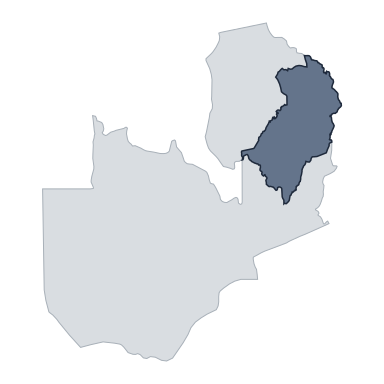 where Muchinga sits in Zambia
{"feature_id": "ZMB-5511", "entity_name": "Muchinga", "entity_type": "Province", "adm_level": 1, "iso_a3": "ZMB", "parent_name": "Zambia", "parent_adm1": "", "projection": "equal_earth", "projection_center": [31.586, -11.285], "detail": "fine", "context": "in_parent", "style": "filled", "palette": "slate", "viewbox_px": 384, "rotation_deg": 0, "n_neighbors": 0, "source": "natural_earth", "source_scale": "10m", "svg_char_len": 9480}
<svg xmlns="http://www.w3.org/2000/svg" viewBox="0 0 384 384"><path d="M257.6,279.4L240.7,279.4L234.6,281.2L229.5,283.9L223.5,288.2L220.1,291.1L219.1,292.8L218.7,296.4L218.7,302.0L218.1,306.0L216.3,309.7L207.2,314.1L201.2,317.8L195.4,322.1L191.0,327.6L188.0,334.5L183.0,343.0L172.6,358.1L166.6,361.0L161.5,360.3L155.3,357.2L150.4,356.6L146.8,358.5L143.4,357.9L140.3,354.7L137.7,353.6L135.6,354.4L133.0,354.3L128.1,352.6L123.8,347.1L121.5,344.9L119.7,344.1L114.7,343.2L103.1,341.9L91.1,344.6L80.6,347.4L69.6,335.3L59.1,322.5L56.8,319.3L52.8,315.0L50.0,312.9L48.9,311.9L45.9,300.5L44.2,290.0L42.6,188.9L90.2,188.9L93.3,188.5L93.4,187.4L91.1,182.0L91.2,180.0L91.8,176.4L93.8,169.0L93.9,166.5L92.8,158.5L92.9,154.1L93.3,145.0L93.0,141.9L94.1,137.9L94.4,135.2L94.9,134.0L94.3,130.9L93.2,120.1L92.6,115.6L95.5,116.3L96.5,118.5L97.0,120.9L98.3,121.1L101.7,122.5L102.9,124.5L103.8,128.8L103.3,131.0L102.2,132.8L103.3,134.4L105.6,135.5L106.9,135.1L110.7,132.2L114.3,131.1L116.1,130.3L123.9,128.4L125.5,127.3L126.6,127.3L127.4,128.2L126.7,131.2L126.5,134.0L127.5,139.1L128.3,141.5L129.9,143.2L131.1,144.1L132.5,146.0L135.2,145.7L141.2,148.3L143.1,149.5L145.6,150.7L147.4,151.1L153.7,152.1L160.2,153.5L163.7,153.6L166.1,153.3L167.8,152.5L168.8,151.7L169.3,151.0L171.7,141.3L172.9,140.5L174.6,140.0L175.5,140.9L176.6,147.0L181.4,152.6L183.0,157.2L184.3,161.2L185.3,162.3L187.1,163.7L190.0,164.1L192.5,164.3L205.4,171.1L206.8,172.3L208.4,175.9L209.3,180.0L210.4,183.2L212.0,183.8L213.5,184.1L214.9,186.3L216.0,188.2L219.9,196.2L220.4,199.4L222.3,201.5L224.7,202.4L227.0,202.5L228.4,201.6L231.6,199.9L234.2,198.1L236.0,197.4L237.1,197.8L238.0,199.1L238.5,203.1L240.3,204.4L241.7,203.9L242.2,202.3L242.2,201.5L242.1,159.8L240.9,160.1L239.4,161.3L236.1,161.4L234.7,162.3L234.3,163.7L234.6,165.4L234.7,167.8L234.2,168.9L232.7,169.3L230.6,168.4L226.7,167.2L223.4,166.5L221.1,163.3L217.9,158.6L215.8,156.2L210.8,151.3L210.0,150.3L208.5,148.0L207.1,144.1L205.9,139.6L205.2,136.7L206.4,132.2L209.3,117.7L209.9,113.2L212.3,108.6L212.5,104.5L211.5,99.2L211.7,96.3L212.0,79.7L211.3,74.4L209.7,68.6L206.0,60.5L206.0,58.7L211.6,53.4L213.2,51.5L216.1,47.2L218.0,43.5L219.3,40.6L219.7,36.8L218.8,33.1L220.7,32.4L266.4,23.0L267.0,25.5L268.4,29.7L270.0,32.7L272.0,35.4L273.6,37.0L274.8,37.5L281.8,37.4L284.3,39.0L286.5,41.0L287.1,44.2L288.5,46.2L290.1,47.8L290.8,48.0L291.9,47.6L293.8,47.6L295.6,48.2L296.4,48.9L296.5,51.6L297.0,52.8L299.4,53.3L301.8,53.5L304.2,55.3L306.7,55.6L309.6,56.4L311.0,58.3L314.1,60.3L317.9,62.1L322.1,65.0L322.2,66.0L322.9,67.7L323.6,68.9L323.7,70.8L324.0,72.5L325.1,72.9L326.0,73.0L326.8,71.8L328.0,71.8L329.2,72.6L329.6,74.6L330.6,77.2L332.1,79.0L333.1,80.8L332.8,83.9L332.1,86.8L334.2,89.7L336.9,92.4L337.7,93.6L337.9,97.7L338.3,99.0L340.2,102.4L341.1,104.6L341.0,105.9L336.0,112.5L332.9,113.6L331.6,114.9L330.8,116.3L332.7,123.0L333.8,125.5L332.9,128.6L330.9,133.9L330.0,134.4L329.8,138.5L330.4,139.9L331.4,141.1L331.8,143.8L331.7,150.6L330.5,158.3L332.7,165.1L333.4,165.8L336.6,165.9L337.1,166.4L336.3,168.4L334.1,171.3L330.2,173.6L324.5,176.2L323.3,178.6L322.6,182.1L323.2,184.2L324.0,185.4L323.7,188.5L323.2,191.7L323.4,194.3L323.1,196.6L322.4,197.7L321.4,201.1L320.1,204.5L319.2,206.1L317.7,207.7L315.5,209.1L315.5,209.8L318.1,211.4L318.7,212.5L319.0,213.2L317.9,215.0L319.1,216.0L320.5,216.9L321.9,219.2L323.4,223.5L323.7,223.9L324.1,224.0L325.0,223.5L326.5,221.8L327.7,221.1L329.0,223.6L305.3,234.2L299.8,236.4L291.5,240.2L288.8,241.5L286.6,242.9L264.6,251.2L261.2,252.8L253.4,257.1L253.2,257.8L253.3,259.7L254.0,263.7L255.3,267.3L256.5,269.3L257.2,274.7L257.6,279.4Z" fill="#d9dde1" stroke="#a8b0b8" stroke-width="1"/><path d="M322.1,65.1L322.2,67.1L322.3,67.5L322.6,67.8L322.9,67.6L323.2,67.6L323.7,68.2L323.9,68.3L324.0,69.2L323.5,71.7L323.8,72.7L324.2,72.8L324.7,72.4L325.1,72.3L325.3,72.5L325.5,73.2L325.6,73.6L326.2,73.8L326.4,73.2L326.5,72.2L326.7,71.3L327.3,71.7L328.7,71.8L329.2,72.3L329.5,73.1L329.6,73.6L329.7,74.1L329.6,74.5L329.4,75.1L329.5,75.6L329.7,76.1L330.3,76.6L330.6,77.0L331.0,78.0L331.2,78.4L331.5,78.7L331.8,79.0L332.8,79.4L333.0,79.7L333.4,81.1L333.5,82.0L333.3,82.7L332.6,84.3L332.1,86.0L331.9,86.8L331.9,87.7L332.3,88.3L334.4,89.6L335.8,91.3L336.4,91.6L336.9,92.5L337.4,92.9L337.8,93.5L337.9,94.6L337.7,96.5L337.8,97.3L338.4,99.5L338.7,99.9L339.6,101.0L340.1,102.6L340.5,103.2L341.2,103.3L341.2,104.2L341.3,104.8L341.4,105.4L341.0,106.3L340.6,106.8L339.6,107.7L339.2,107.9L338.9,108.2L337.6,110.1L337.2,111.5L336.9,112.1L336.4,112.5L336.0,112.6L335.5,113.2L335.2,113.4L334.8,113.4L334.0,113.2L332.3,113.8L331.9,114.1L331.5,115.1L331.1,115.4L330.8,115.4L330.5,115.3L330.3,115.4L330.0,116.0L330.0,116.5L330.9,116.6L331.3,117.0L331.5,118.1L331.6,120.2L331.9,121.2L332.2,122.2L332.7,123.0L333.3,123.8L334.1,125.7L333.9,126.7L333.5,127.7L331.7,131.4L331.7,131.6L331.7,132.0L331.6,132.4L331.2,132.6L331.1,132.8L331.0,133.3L331.1,134.1L330.8,134.6L330.2,133.9L329.9,134.4L330.1,137.3L330.0,137.7L329.9,138.4L329.5,139.5L330.0,139.9L330.9,139.9L331.3,140.0L331.6,140.5L331.8,141.0L331.8,142.2L330.6,142.6L329.6,143.2L329.1,144.2L329.1,145.8L327.4,149.6L326.3,152.8L322.8,154.2L317.0,156.5L313.8,156.8L312.3,156.8L311.2,158.3L310.8,160.3L309.5,162.0L308.0,162.0L305.9,161.4L305.8,162.1L305.5,163.5L305.0,164.3L305.0,164.6L303.7,165.9L303.4,166.4L303.1,167.4L302.9,167.8L302.5,168.3L302.4,168.6L302.3,169.3L302.0,169.7L302.0,170.0L302.0,171.5L301.4,174.9L301.2,175.3L301.0,176.1L300.8,176.6L300.7,177.0L300.7,178.1L300.6,179.7L300.5,180.1L300.3,180.8L300.2,181.5L299.8,181.7L299.6,181.9L299.3,182.4L298.9,184.0L298.8,184.6L298.6,184.9L298.1,185.2L297.3,185.5L297.2,185.8L296.7,186.4L296.6,186.5L296.3,186.5L296.2,186.6L296.2,187.3L296.1,187.9L296.0,188.5L296.1,189.2L296.2,189.9L295.5,190.3L295.2,190.1L295.1,190.4L295.0,190.7L294.8,190.8L294.2,190.9L294.1,191.0L293.8,191.4L293.5,191.8L292.9,192.2L292.5,192.5L292.4,192.0L292.2,192.0L292.1,192.8L291.4,193.8L291.1,194.8L291.0,195.1L290.8,195.3L290.3,195.4L290.1,195.7L289.7,197.7L289.5,199.1L289.2,200.4L288.6,201.4L286.5,203.5L286.1,203.7L285.6,203.6L284.7,203.3L284.1,203.6L283.9,203.8L283.9,201.0L283.8,200.0L283.5,199.5L282.9,198.6L282.4,197.4L282.2,196.7L281.8,189.2L281.7,188.7L281.6,188.2L281.1,187.7L280.1,187.1L279.8,187.0L278.5,187.1L277.8,187.5L277.6,187.7L277.5,188.8L277.2,189.6L277.0,190.0L276.6,190.2L276.0,190.3L275.6,189.9L273.7,187.5L273.4,187.2L272.8,187.1L272.1,186.8L271.6,186.7L270.5,186.4L270.3,186.4L269.5,186.6L269.1,186.6L268.1,185.9L266.5,184.4L266.3,184.2L266.4,182.9L265.9,180.6L265.9,180.4L266.3,179.4L266.8,178.6L266.9,178.3L266.9,177.8L266.8,177.5L266.6,177.1L266.1,176.8L265.6,176.4L265.5,176.0L265.1,175.0L264.9,174.7L264.6,174.8L264.3,175.3L264.1,175.6L263.6,176.0L263.3,175.9L263.0,175.6L262.2,174.9L261.8,174.2L261.7,173.6L262.0,172.7L262.0,172.4L261.9,172.0L261.6,171.5L260.7,171.0L260.4,170.7L260.1,170.3L260.0,170.0L260.0,169.0L260.3,168.1L260.4,167.7L260.4,166.2L260.4,165.7L260.2,165.3L260.1,165.1L259.9,165.0L259.7,164.9L259.0,165.1L258.8,165.1L258.5,164.9L258.4,164.8L258.1,164.2L257.9,163.9L257.4,163.8L257.0,163.9L256.6,163.8L256.2,163.6L255.7,163.3L255.1,163.3L254.5,162.9L253.9,162.7L252.5,161.9L252.0,161.7L251.4,161.4L251.1,160.7L250.9,160.5L250.5,160.3L250.0,160.1L249.6,159.7L249.3,159.3L248.7,158.1L248.5,156.8L248.1,155.7L247.6,154.9L247.2,154.5L246.5,154.6L246.0,154.8L243.8,156.0L243.6,156.3L243.5,156.6L243.4,158.4L243.2,159.1L243.0,159.5L242.8,159.8L242.2,159.9L242.5,159.5L242.6,159.1L242.5,158.7L242.6,157.8L242.6,157.4L242.4,157.0L241.9,156.3L241.7,155.8L241.6,155.2L241.7,153.6L241.5,152.5L241.5,151.9L241.6,151.4L241.9,151.0L253.6,148.5L254.0,148.2L254.3,147.8L258.7,140.4L258.7,140.1L258.6,139.9L258.5,139.5L258.6,139.1L258.8,138.1L258.8,137.6L258.9,137.3L259.7,136.9L260.6,135.9L260.9,135.2L261.1,134.4L261.3,133.8L261.7,133.5L262.1,133.5L262.3,133.3L262.5,133.1L262.7,132.1L262.9,131.7L263.1,131.4L263.3,131.3L264.2,131.4L264.3,131.3L264.6,130.8L264.7,130.7L265.3,130.0L265.5,129.7L265.7,128.9L266.2,127.4L268.3,123.9L268.8,122.7L269.0,122.0L269.2,121.7L269.4,121.5L269.8,122.0L270.1,122.1L270.2,121.8L269.7,121.0L270.1,121.0L270.7,120.7L271.9,120.2L272.1,120.0L272.3,119.2L272.5,118.1L272.9,117.3L273.4,117.3L273.1,117.7L273.3,118.1L273.8,118.3L274.2,118.1L274.2,117.3L274.3,117.0L274.6,117.3L274.8,117.6L274.8,118.0L274.7,118.4L274.5,118.7L275.0,118.7L275.4,118.5L276.6,117.2L276.6,116.7L277.0,116.3L277.2,115.7L276.6,114.7L276.5,114.4L276.5,114.0L276.7,113.7L277.6,113.7L278.1,113.5L278.0,112.8L277.8,112.5L277.6,112.6L277.2,112.8L276.9,112.7L276.6,112.1L276.2,111.6L276.2,111.4L277.3,110.3L277.7,110.1L278.1,110.0L279.1,110.1L279.6,110.3L279.9,110.6L280.1,110.4L280.6,110.0L280.8,109.7L280.9,109.3L280.8,107.9L280.8,107.7L281.0,107.6L281.4,107.6L281.5,107.5L281.5,107.3L281.3,107.0L281.4,106.7L281.7,106.5L282.4,106.4L282.8,106.2L283.7,105.6L284.0,105.5L284.2,105.3L284.4,104.7L284.7,104.5L284.9,104.6L285.4,105.2L287.0,104.8L286.9,96.2L286.1,95.0L283.5,93.6L281.5,91.8L280.7,87.8L279.6,84.0L277.7,79.7L275.7,77.1L277.5,74.2L278.1,72.1L279.4,71.3L280.9,69.5L282.2,68.4L283.9,69.8L285.9,69.6L287.6,70.7L288.2,68.4L290.2,69.2L292.1,69.0L293.8,67.5L296.0,66.1L299.0,65.5L301.6,65.8L304.1,66.6L306.9,66.9L306.7,63.5L305.4,59.7L304.4,55.6L305.0,55.7L308.3,55.6L309.4,55.9L310.3,56.8L310.6,57.2L311.1,58.8L311.4,59.6L311.8,59.9L312.8,60.0L315.0,60.6L316.8,60.8L317.1,61.1L317.5,61.6L317.6,61.8L317.7,62.4L317.8,62.6L318.0,62.7L318.4,62.6L318.6,62.7L319.8,63.8L321.7,64.7L322.1,65.1Z" fill="#64748b" stroke="#1e293b" stroke-width="1.5"/></svg>